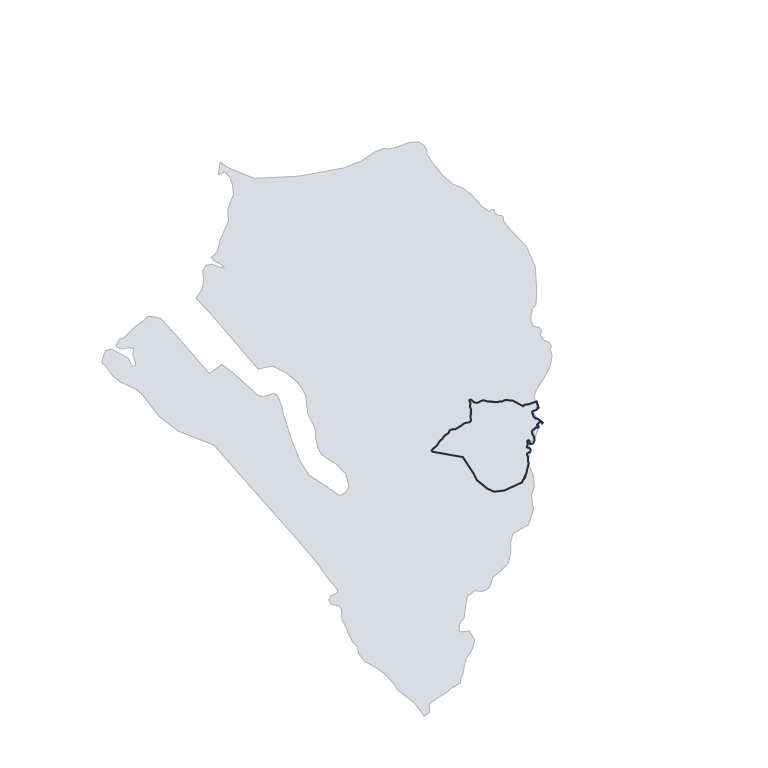 Kanel, Matam, Senegal shown in context, rotated 48°
{"feature_id": "50182788B72122084264725", "entity_name": "Kanel", "entity_type": "district", "adm_level": 2, "iso_a3": "SEN", "parent_name": "Senegal", "parent_adm1": "Matam", "projection": "albers", "projection_center": [-13.164, 15.01], "detail": "fine", "context": "in_parent", "style": "outline", "palette": "slate", "viewbox_px": 768, "rotation_deg": 48, "n_neighbors": 0, "source": "geoboundaries", "source_scale": "gbopen_adm2", "svg_char_len": 8795}
<svg xmlns="http://www.w3.org/2000/svg" viewBox="0 0 768 768"><g transform="rotate(48 384 384)"><path d="M576.8,356.2L585.3,370.9L583.5,378.0L581.6,388.4L586.4,395.9L592.0,400.8L596.0,405.3L600.4,411.5L601.1,423.9L600.4,432.8L603.3,436.8L605.7,441.9L605.3,446.2L603.7,449.9L598.4,454.9L597.5,464.2L606.3,475.4L611.9,481.5L611.8,485.0L613.4,488.8L617.6,493.3L620.1,492.2L622.9,488.5L624.1,486.0L631.6,487.1L635.2,488.2L640.0,495.5L641.8,500.4L643.0,506.5L648.1,514.1L652.5,519.5L653.4,522.8L657.4,527.3L655.0,537.5L655.3,542.7L652.8,556.3L652.2,562.7L652.4,565.1L658.4,569.9L657.8,576.7L651.8,575.6L641.3,574.9L620.2,578.6L613.0,577.2L599.1,577.7L589.3,579.7L576.8,584.2L567.1,583.2L561.8,579.7L554.9,579.9L547.1,578.1L538.8,574.7L531.3,573.0L523.1,566.7L519.3,565.6L516.6,567.3L514.3,569.4L512.0,570.6L507.5,569.5L505.9,565.3L507.3,561.2L507.7,558.0L505.6,556.3L500.6,555.8L492.6,555.8L479.6,554.5L476.6,553.7L447.6,552.6L417.4,552.3L391.9,552.1L359.7,551.8L337.0,551.5L315.9,551.2L299.4,559.4L281.7,568.3L257.8,572.9L230.5,570.7L221.7,571.9L212.6,575.8L205.9,578.6L196.4,580.2L184.2,578.6L179.3,579.4L176.3,575.2L172.9,568.5L175.2,563.6L182.7,560.6L193.9,556.6L199.7,558.8L203.1,559.0L203.8,556.4L202.7,554.9L194.4,551.2L190.1,546.4L186.4,549.1L183.2,554.9L180.6,556.6L176.8,558.1L174.7,554.2L173.8,550.3L175.6,547.4L174.9,530.7L176.1,521.9L175.7,514.1L181.1,509.1L186.1,506.0L205.6,506.0L223.8,506.0L241.3,506.4L259.1,506.8L261.1,491.3L266.7,490.2L275.1,488.7L290.9,487.0L308.4,485.3L312.2,482.3L315.1,477.2L317.0,472.6L320.6,470.7L325.5,472.3L331.9,474.8L338.5,478.6L346.1,482.1L351.2,484.3L363.3,489.9L384.2,497.6L401.3,500.7L422.1,495.3L437.1,491.7L439.0,485.1L436.7,478.6L425.6,472.6L410.4,473.2L405.7,474.8L398.7,476.7L394.4,477.5L387.3,476.0L378.2,470.8L372.5,465.6L364.6,463.1L355.1,460.6L340.0,449.8L332.1,447.9L324.6,447.2L310.2,449.2L296.1,454.8L288.6,467.7L274.5,467.3L244.6,466.5L217.2,465.8L194.5,466.3L192.3,456.9L187.1,449.3L178.5,442.8L176.7,436.8L179.7,431.7L188.2,427.6L190.1,424.6L185.7,425.0L179.0,427.6L174.6,427.7L174.2,419.5L167.0,408.8L159.0,390.7L149.7,383.2L142.1,368.6L133.9,362.9L126.4,360.1L119.9,360.6L117.5,367.1L109.6,357.4L120.7,354.3L144.4,342.8L172.0,309.0L196.8,268.9L200.0,259.4L203.1,252.2L205.3,235.7L208.9,225.9L212.1,224.0L216.3,216.5L221.5,203.4L227.1,196.1L233.4,194.7L238.2,195.4L241.7,198.2L251.8,200.0L268.6,200.9L281.6,199.0L290.9,194.5L302.9,192.3L317.9,192.4L325.7,190.6L326.6,186.8L328.5,185.6L331.6,187.2L334.6,186.6L337.3,183.9L340.1,183.8L342.8,186.1L355.3,186.9L377.6,186.1L398.1,193.2L417.0,208.1L426.7,218.1L427.3,223.0L430.4,228.0L436.1,233.1L441.2,234.0L446.0,230.9L449.6,231.2L452.3,235.1L457.7,235.9L463.7,233.5L468.0,234.4L468.8,236.6L469.8,237.9L472.7,238.4L476.6,241.4L482.1,249.2L486.5,260.2L490.0,274.4L494.5,282.0L500.2,283.3L503.5,286.2L504.2,289.5L505.8,291.8L508.5,293.1L513.3,292.3L519.0,297.1L525.0,307.4L526.0,312.1L525.0,314.6L525.4,316.4L529.4,318.2L533.2,321.6L536.4,326.7L543.1,331.2L553.4,335.1L560.9,341.0L565.4,348.9L574.9,355.5L576.8,356.2Z" fill="#d9dde1" stroke="#a8b0b8" stroke-width="1"/><path d="M542.6,333.7L540.5,330.7L540.3,330.2L540.1,330.0L539.2,329.3L538.2,329.0L537.8,328.8L537.5,328.5L537.1,328.0L536.6,327.6L535.9,326.8L534.9,326.0L534.6,325.8L533.3,325.3L532.4,325.1L531.8,324.7L531.6,324.4L531.5,324.1L531.5,323.5L531.8,322.3L532.1,321.6L532.1,321.4L532.1,320.9L531.6,319.7L531.4,319.3L530.9,319.0L530.3,318.7L529.8,318.7L529.3,318.8L528.9,318.9L528.6,319.0L527.2,320.1L526.9,320.2L526.5,320.2L526.3,320.0L526.2,319.9L526.1,319.4L525.8,318.7L525.5,318.2L524.9,317.5L524.1,316.9L523.4,316.7L522.8,316.3L522.3,315.6L522.1,315.1L522.2,314.6L522.3,314.3L522.7,314.2L523.4,314.0L524.0,314.1L524.5,314.6L525.1,315.2L525.3,315.3L526.1,315.4L526.3,315.4L526.5,315.3L526.6,315.0L526.7,314.8L527.0,314.6L527.6,313.8L527.9,313.1L527.9,312.5L527.8,312.3L527.2,311.2L526.8,310.0L526.6,309.7L525.7,309.2L524.7,308.6L523.6,307.8L523.0,307.6L521.1,307.4L520.4,307.0L519.4,306.7L518.4,305.9L518.1,305.5L517.8,304.8L517.8,304.1L517.9,303.7L518.0,302.5L518.0,302.1L517.8,301.3L517.9,300.4L518.1,300.0L518.8,299.4L519.3,299.0L519.5,298.7L519.7,298.2L519.5,297.9L519.1,297.6L518.4,297.6L517.4,297.9L517.2,297.9L516.8,297.8L516.6,297.5L516.5,297.2L516.5,296.9L516.6,295.5L516.6,294.6L516.4,293.7L516.5,292.9L516.9,292.8L517.3,292.5L517.7,292.4L518.0,292.6L518.5,292.6L518.7,292.9L519.0,293.0L519.0,292.5L518.8,292.4L518.6,292.4L518.5,292.1L518.6,291.9L518.4,291.9L517.7,292.2L517.4,292.2L517.1,292.4L517.0,292.6L516.9,292.7L516.7,292.6L516.4,292.4L516.2,292.3L515.7,292.6L515.2,292.8L515.0,292.7L514.4,292.7L513.2,292.9L512.8,293.0L512.2,293.5L511.9,293.7L511.6,294.2L511.4,294.3L511.0,294.4L510.5,294.4L509.2,294.6L508.3,294.5L507.6,294.4L506.5,293.9L506.2,293.6L505.8,293.4L505.3,293.3L504.6,293.2L504.2,293.0L503.9,292.7L503.7,292.1L503.8,291.8L504.0,290.8L504.1,290.3L504.4,289.7L505.2,288.6L505.3,288.3L505.3,287.9L505.3,287.5L505.2,287.0L505.1,286.8L504.7,286.3L504.6,286.0L504.7,285.9L505.0,285.8L505.2,285.7L505.3,285.5L505.2,285.2L505.0,284.9L504.0,284.6L503.6,284.2L502.7,283.8L500.7,283.1L499.7,282.6L499.7,282.8L500.0,282.9L500.0,283.0L499.8,282.9L499.5,282.7L499.2,282.5L499.0,282.4L495.9,290.1L495.7,290.2L495.5,290.3L495.3,290.5L495.1,291.4L494.7,291.7L494.4,291.9L494.2,292.1L494.1,292.4L493.9,293.0L493.6,293.3L493.4,293.8L493.4,294.2L493.5,294.6L494.2,295.2L494.4,295.2L494.1,295.3L493.9,295.4L493.4,295.5L491.5,296.2L491.1,296.4L489.9,296.8L488.8,297.2L487.8,297.5L485.9,298.2L485.6,298.3L483.8,299.0L483.4,299.1L482.3,299.5L482.1,299.9L481.7,300.1L481.6,300.3L481.1,300.9L479.4,302.3L479.2,302.5L478.6,303.1L477.9,303.4L477.8,303.8L477.6,304.0L477.4,304.4L477.0,304.8L476.4,306.2L475.9,308.2L475.8,308.3L475.6,308.6L475.1,309.0L474.6,309.5L474.3,309.7L474.1,310.0L473.8,310.8L473.7,311.3L473.4,311.8L473.3,312.0L472.9,312.2L472.3,312.8L471.6,313.9L471.4,314.2L471.2,314.2L471.0,314.3L470.6,314.4L470.4,314.5L470.1,315.1L470.0,315.3L469.6,315.5L469.4,315.6L469.3,315.8L469.1,315.9L468.9,316.3L468.5,316.4L468.2,316.7L467.9,316.8L467.6,317.2L467.3,317.8L466.6,318.3L466.3,318.5L466.2,318.7L466.0,318.9L465.0,319.6L464.8,319.7L464.6,319.9L464.3,320.0L464.2,320.1L463.5,320.3L462.6,321.0L462.4,321.4L462.2,321.5L462.0,322.5L461.9,322.6L461.7,323.0L461.6,323.4L461.5,323.5L461.3,324.3L461.2,324.8L461.2,325.0L461.1,325.4L460.9,325.8L460.9,326.0L460.2,327.4L460.2,327.6L459.8,328.0L459.2,328.4L458.7,328.9L458.3,329.0L458.1,329.2L457.7,329.3L457.3,329.3L456.1,329.5L456.0,329.4L455.7,329.5L455.4,329.5L455.2,329.6L454.8,329.6L454.6,329.7L454.3,329.8L453.8,329.9L453.6,330.1L453.2,330.6L453.1,331.0L453.3,331.5L453.5,331.6L453.6,331.8L453.9,331.9L454.8,332.2L455.0,332.1L455.7,332.4L455.8,332.4L455.9,332.5L456.1,332.5L456.4,332.7L456.5,333.0L457.1,333.7L457.4,334.4L457.6,334.7L458.3,335.3L459.2,335.5L459.3,335.6L459.6,335.7L460.0,335.8L460.7,336.3L461.5,336.6L461.9,337.0L462.3,337.2L462.5,337.5L462.8,337.8L462.9,338.0L463.2,338.4L463.2,338.5L463.4,338.7L464.4,339.3L464.5,339.7L464.9,340.2L465.3,340.8L465.7,341.3L466.0,341.6L466.2,341.8L466.9,342.1L468.0,342.8L468.5,343.1L469.4,343.8L469.6,344.4L469.6,345.3L469.6,345.7L469.5,345.9L469.4,346.4L469.2,346.8L469.0,347.3L468.6,347.7L467.9,348.7L467.5,349.7L467.2,350.1L467.1,350.7L466.7,351.8L466.7,352.9L466.7,353.3L466.7,353.5L466.7,354.6L466.7,354.9L466.5,355.4L466.3,356.5L466.2,356.7L466.1,357.0L466.2,357.5L466.0,358.0L465.9,358.9L465.7,359.3L465.5,360.5L465.4,361.0L465.3,361.3L465.2,361.5L464.9,361.6L464.5,362.0L464.4,362.3L463.9,362.8L463.6,363.6L462.9,364.5L462.7,364.9L462.5,365.6L462.4,366.0L462.5,366.4L462.9,366.9L463.1,367.5L463.1,367.9L463.4,368.3L463.6,368.6L463.6,369.3L463.4,369.9L463.4,370.5L463.3,371.0L463.3,371.3L463.2,371.5L462.9,372.0L462.9,372.5L463.1,372.8L463.1,373.3L463.1,374.3L463.3,375.0L463.5,376.2L463.8,377.6L463.8,378.2L463.7,379.9L463.8,380.8L464.2,382.5L464.3,383.0L464.6,383.6L464.7,384.4L465.0,385.0L465.0,385.5L465.2,387.1L465.2,387.3L465.1,388.9L465.0,389.7L465.0,390.5L465.1,391.1L465.0,391.5L465.1,391.8L465.3,392.3L465.3,393.0L465.5,393.3L466.7,393.3L468.0,392.3L469.4,391.3L470.7,390.2L474.8,387.0L481.6,381.8L491.1,374.3L493.8,374.8L496.5,375.2L509.6,377.2L511.4,377.6L512.9,378.1L515.1,378.6L517.3,379.3L519.5,379.0L531.0,377.2L535.4,375.2L537.6,374.3L540.7,370.1L543.6,365.9L543.8,365.5L544.1,364.4L545.3,360.6L547.0,355.3L547.8,352.7L548.6,350.1L549.4,347.8L549.6,347.5L549.5,347.3L549.2,346.9L549.1,346.7L548.8,346.1L548.6,345.7L548.4,345.5L548.3,345.1L548.3,344.8L548.2,344.5L548.2,344.2L548.3,343.9L548.1,343.6L548.1,343.3L547.8,342.5L547.9,342.3L547.7,342.1L547.2,341.9L547.2,341.7L547.4,341.5L547.2,341.3L546.9,341.1L546.9,340.9L547.0,340.9L546.9,340.8L547.1,340.7L546.5,340.2L546.4,340.0L546.4,339.6L546.3,339.3L546.1,338.7L542.6,333.7Z" fill="none" stroke="#1e293b" stroke-width="2"/></g></svg>